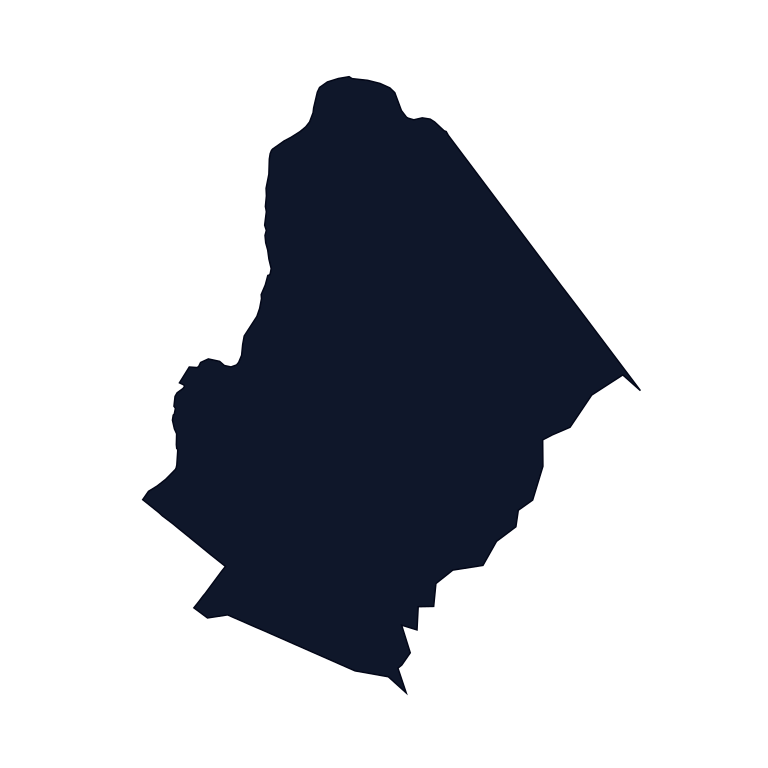 Montgomery, Maryland, United States of America, rotated 83°
{"feature_id": "52423323B79763443872127", "entity_name": "Montgomery", "entity_type": "district", "adm_level": 2, "iso_a3": "USA", "parent_name": "United States of America", "parent_adm1": "Maryland", "projection": "natural_earth1", "projection_center": [-77.245, 39.144], "detail": "fine", "context": "isolated", "style": "filled", "palette": "ink", "viewbox_px": 768, "rotation_deg": 83, "n_neighbors": 0, "source": "geoboundaries", "source_scale": "gbopen_adm2", "svg_char_len": 1838}
<svg xmlns="http://www.w3.org/2000/svg" viewBox="0 0 768 768"><g transform="rotate(83 384 384)"><path d="M583.0,600.0L594.7,587.7L594.1,567.4L610.1,540.4L612.8,535.7L632.1,503.3L665.2,447.7L675.1,415.4L693.3,399.6L667.7,404.8L665.1,400.6L654.0,390.7L625.5,395.9L632.1,381.2L609.2,377.2L610.8,361.8L588.4,356.8L577.1,338.4L576.1,307.9L553.9,291.5L541.8,270.5L525.7,266.1L517.3,250.6L485.1,236.3L458.8,233.3L455.0,223.1L449.6,204.6L420.3,179.2L404.1,145.9L421.8,130.3L331.1,182.6L310.6,194.6L308.6,195.8L145.0,289.9L141.0,291.5L140.0,293.5L130.1,301.8L126.7,305.9L124.5,313.6L125.4,322.2L123.1,327.6L121.9,329.2L114.7,333.4L96.1,337.8L90.8,342.1L85.2,351.3L80.6,363.2L77.0,378.5L74.7,381.2L74.8,383.1L75.2,392.0L77.3,403.4L80.8,409.9L81.8,411.8L86.2,414.6L101.4,420.2L106.0,421.3L114.8,425.9L119.2,430.3L123.3,436.7L127.8,446.2L130.6,453.6L130.9,454.1L137.2,465.9L138.4,467.2L141.5,468.9L146.7,470.4L161.7,472.7L175.4,477.2L183.0,477.8L193.4,480.1L196.0,479.9L198.7,479.8L211.8,483.1L217.2,482.1L222.0,484.0L229.4,484.2L236.9,483.1L246.0,483.0L255.7,481.9L260.4,483.4L261.8,484.3L262.1,486.1L267.4,488.2L271.3,489.8L280.3,495.0L284.4,495.2L293.8,498.2L301.4,501.9L319.3,516.9L327.7,519.5L338.1,521.8L344.8,525.6L347.1,528.0L348.4,533.8L346.2,540.2L341.5,544.4L337.7,555.3L340.3,563.4L344.0,565.8L344.9,567.5L343.4,575.2L357.9,586.9L360.4,583.0L361.0,582.5L362.6,582.6L364.1,584.3L367.5,590.4L370.8,592.9L380.5,595.2L382.7,594.0L388.2,595.8L389.2,597.0L394.1,598.4L403.0,597.5L408.1,595.9L418.9,597.5L422.7,597.6L423.7,596.8L425.3,596.9L439.1,599.5L441.9,600.5L443.4,601.5L452.0,612.3L457.7,621.8L461.8,630.8L469.4,637.6L484.2,623.1L487.9,620.0L496.8,610.8L502.4,605.5L516.1,592.3L532.9,576.2L544.3,565.0L545.7,563.6L550.3,568.2L570.4,587.3L572.1,589.2L577.5,594.4L583.0,600.0Z" fill="#0f172a" stroke="#020617" stroke-width="1.5"/></g></svg>